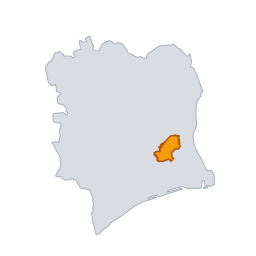 location of Moronou, N'zi-Comoé, Ivory Coast, rotated 348°
{"feature_id": "98640826B53162767921513", "entity_name": "Moronou", "entity_type": "district", "adm_level": 2, "iso_a3": "CIV", "parent_name": "Ivory Coast", "parent_adm1": "N'zi-Comoé", "projection": "natural_earth1", "projection_center": [-4.266, 6.594], "detail": "fine", "context": "in_parent", "style": "filled", "palette": "amber", "viewbox_px": 256, "rotation_deg": 348, "n_neighbors": 0, "source": "geoboundaries", "source_scale": "gbopen_adm2", "svg_char_len": 7672}
<svg xmlns="http://www.w3.org/2000/svg" viewBox="0 0 256 256"><g transform="rotate(348 128 128)"><path d="M63.7,47.3L64.5,47.3L66.6,46.6L68.4,45.0L70.1,41.8L72.5,39.1L75.1,39.3L75.9,38.9L76.8,38.8L77.9,40.5L79.0,41.8L79.8,41.8L80.3,44.3L85.1,45.4L87.2,46.0L88.9,47.8L89.5,47.9L90.2,47.5L90.8,46.9L90.9,46.2L90.1,44.5L90.5,43.1L91.2,41.8L92.5,41.7L94.3,41.3L96.5,41.3L98.0,41.5L98.7,40.2L98.1,36.5L98.2,34.5L98.5,32.8L99.1,32.1L101.5,34.3L103.6,35.0L105.2,35.1L105.6,34.7L104.9,32.3L105.1,31.6L105.7,31.2L106.7,31.0L109.5,30.0L109.8,30.2L110.3,33.9L110.0,35.1L110.6,37.6L111.3,40.0L111.3,40.9L110.7,42.4L110.0,43.7L110.1,44.2L111.2,45.2L113.3,46.1L115.4,46.3L116.7,44.9L117.9,43.8L118.8,42.8L119.1,41.4L120.5,40.3L124.4,39.0L128.1,38.8L129.0,39.2L130.6,41.2L132.7,42.6L135.9,42.5L138.2,43.3L140.1,44.9L141.5,48.3L142.9,50.9L143.6,54.4L145.9,56.3L147.7,57.2L150.1,59.8L152.7,61.1L155.3,60.8L156.5,62.2L158.5,63.1L160.4,63.2L162.2,60.2L164.4,59.0L170.2,56.6L172.5,55.5L174.8,54.8L180.3,54.6L185.4,55.4L188.0,55.9L189.8,55.5L191.4,56.9L193.1,59.9L194.5,60.9L196.0,61.9L197.0,64.3L198.3,66.6L199.0,67.7L200.5,70.0L201.9,70.0L203.2,69.0L203.7,68.3L204.0,69.8L203.5,72.3L203.6,73.8L204.3,74.4L203.9,76.3L202.4,79.7L202.4,81.7L203.9,82.3L205.0,84.4L205.6,88.0L206.3,89.2L206.3,89.9L207.4,98.7L208.8,107.4L207.9,108.5L206.8,108.9L206.0,109.3L205.8,110.1L206.3,111.3L206.0,112.4L204.5,113.1L201.3,115.9L201.1,117.0L200.2,119.4L199.5,120.8L198.5,123.5L196.8,130.6L196.2,136.5L196.1,138.3L195.5,139.5L194.7,141.3L191.3,146.4L189.5,150.5L189.7,152.3L189.8,154.1L189.3,155.4L189.4,158.8L189.8,161.7L190.4,164.6L193.0,172.7L194.3,177.6L195.1,181.5L195.8,184.2L196.5,185.3L196.8,186.3L200.5,187.0L201.2,187.6L202.3,192.8L202.1,195.1L201.4,196.0L201.4,197.9L201.2,200.4L200.7,201.3L198.6,201.5L197.1,202.4L195.3,202.0L195.1,201.4L194.1,201.2L191.3,199.8L191.8,195.3L190.5,195.2L189.5,195.7L187.5,201.1L186.6,202.0L172.7,199.3L169.7,197.0L166.1,196.5L159.8,196.8L154.6,197.4L153.1,198.8L166.2,198.0L167.6,198.2L168.3,199.0L151.7,200.7L145.4,201.8L143.5,201.5L142.1,199.8L135.2,199.6L133.8,200.1L133.0,201.4L135.7,201.1L139.9,201.1L141.1,202.0L127.7,203.3L118.5,205.7L114.5,207.5L101.6,213.4L93.8,216.1L91.7,217.2L88.1,220.0L83.5,221.8L78.3,225.2L75.2,226.0L74.5,224.9L74.4,219.2L74.0,211.5L74.1,208.6L74.6,205.8L74.6,203.6L76.1,202.7L76.6,201.7L76.8,198.8L78.3,196.1L78.3,191.4L78.7,190.4L79.1,189.1L78.4,186.0L77.6,180.2L77.2,179.8L76.9,180.1L76.1,180.2L72.8,178.1L70.3,177.8L68.6,176.1L68.5,174.1L67.6,173.0L67.0,170.7L66.1,168.1L63.7,166.5L61.4,166.1L59.7,166.5L57.8,166.4L55.6,165.5L54.1,164.5L52.6,162.6L51.3,161.1L50.2,161.3L48.9,160.9L47.6,160.2L47.2,159.7L52.6,153.6L54.4,150.7L54.6,148.9L54.6,147.0L55.2,145.2L55.4,142.3L52.4,131.9L51.7,128.7L50.9,127.7L50.4,127.4L51.9,126.1L54.0,126.4L57.1,127.4L57.8,126.4L60.2,121.2L60.2,119.2L59.9,117.9L61.3,114.3L62.5,112.9L63.0,111.4L62.9,109.4L62.0,108.6L60.9,108.7L59.6,108.2L57.6,107.1L56.5,106.0L56.9,101.3L57.1,99.8L57.8,99.0L58.9,98.7L62.0,98.6L64.6,99.1L66.8,99.4L68.0,99.4L69.0,100.8L70.2,102.3L71.4,102.3L71.8,101.2L71.5,96.5L70.8,94.0L69.1,91.7L64.7,89.6L64.6,86.8L65.0,83.7L66.0,82.5L69.3,80.6L68.7,79.5L67.6,78.4L65.6,77.3L66.1,73.6L66.2,70.3L64.4,70.6L62.6,70.8L61.1,69.8L59.8,67.8L59.6,62.3L59.6,55.9L59.4,53.1L59.9,51.6L61.4,50.2L63.1,48.4L63.7,47.3ZM193.5,202.1L192.8,203.3L189.2,202.5L190.1,201.5L193.5,202.1Z" fill="#d9dde1" stroke="#a8b0b8" stroke-width="1"/><path d="M166.2,167.3L164.9,165.0L165.6,160.8L166.8,160.2L167.1,160.5L167.4,160.1L167.6,159.8L168.6,159.3L169.3,158.7L169.6,158.3L169.9,158.2L170.1,158.4L170.2,158.6L170.4,158.7L170.7,158.7L170.8,158.7L171.0,158.6L171.3,158.5L171.5,158.4L171.8,158.3L172.0,158.6L172.3,158.7L172.4,158.9L172.7,158.8L173.2,158.9L173.4,158.8L173.5,158.5L173.6,158.3L173.7,157.9L173.8,157.8L174.0,157.6L174.4,157.4L174.6,157.3L174.7,157.1L174.9,156.7L175.1,156.6L175.3,156.5L175.3,156.4L175.2,156.3L175.2,156.2L175.1,155.9L175.2,155.7L175.0,155.4L174.9,155.2L174.8,154.9L174.7,154.8L174.6,154.7L174.6,154.4L174.9,154.3L175.1,153.9L175.3,153.8L175.4,153.7L175.1,153.3L175.2,153.2L174.9,152.9L174.7,152.7L174.8,152.6L174.7,152.5L174.7,152.3L174.5,152.1L174.5,151.9L174.7,151.7L174.8,151.7L175.1,151.5L175.3,151.5L175.5,151.5L175.6,151.3L175.5,151.0L175.5,150.7L175.6,150.4L175.8,150.3L175.9,150.2L175.7,149.9L175.6,149.7L175.3,149.5L175.0,149.1L175.1,148.8L175.2,148.6L175.3,148.3L175.6,148.0L175.9,147.6L176.1,147.4L176.2,147.2L176.2,146.9L176.1,146.6L175.9,146.4L176.0,146.2L176.1,145.9L175.9,145.9L175.7,145.9L175.5,146.3L175.5,146.5L175.4,146.7L175.3,146.8L175.2,146.8L175.1,146.7L174.9,146.5L174.9,146.1L174.7,146.0L174.4,146.0L174.3,145.9L174.2,145.8L174.1,145.7L173.9,145.7L173.7,145.7L173.5,145.3L173.5,145.1L173.3,145.0L172.9,144.9L172.7,145.0L172.4,145.1L172.1,144.8L171.6,145.0L171.4,145.3L171.2,145.3L171.0,145.2L170.9,145.1L170.7,145.0L170.6,144.9L170.5,145.0L170.2,144.8L169.8,144.9L169.7,144.9L169.2,144.7L168.9,144.7L168.7,144.5L168.2,144.6L160.2,149.8L160.3,149.8L160.5,149.9L160.5,150.0L160.3,150.4L160.3,150.5L160.2,150.6L160.1,150.8L159.9,150.8L159.7,150.6L159.3,150.8L159.3,151.0L159.2,151.1L158.9,150.9L158.8,150.6L158.6,150.6L158.4,150.5L158.2,150.6L157.9,150.5L157.8,150.8L157.9,150.7L157.9,150.8L158.0,150.8L157.9,150.9L157.8,151.0L157.7,151.1L157.7,151.3L157.8,151.3L157.8,151.6L157.7,151.7L157.4,151.6L157.2,151.5L156.9,151.5L156.7,151.3L156.7,151.2L156.6,151.3L156.6,151.5L156.7,151.8L156.9,152.0L157.0,152.1L157.4,152.1L157.5,152.1L157.8,152.2L157.9,152.4L157.8,152.5L157.7,152.5L157.5,152.4L157.4,152.4L157.5,152.7L157.6,152.9L157.7,153.1L157.6,152.9L157.4,152.8L157.3,152.7L157.2,152.5L156.9,152.7L156.8,152.8L156.9,153.1L156.8,153.3L156.6,153.4L156.5,153.2L156.3,153.1L156.3,153.3L156.4,153.6L156.3,153.8L156.4,154.0L156.2,154.2L156.0,153.9L155.9,153.7L155.8,153.3L155.7,153.3L155.6,153.5L155.4,153.8L155.2,153.7L155.1,153.4L155.0,153.6L154.9,153.6L154.8,153.3L154.7,153.2L154.3,153.1L154.2,153.1L154.2,153.3L154.4,153.5L154.5,153.8L154.7,154.0L154.9,154.2L154.9,154.3L154.9,154.6L154.8,154.8L154.6,155.1L154.5,155.3L154.6,155.7L154.6,155.9L154.8,156.0L154.5,156.5L154.4,156.6L154.4,156.9L154.6,157.1L154.6,157.4L154.6,157.5L154.3,157.7L153.8,158.0L153.5,158.0L153.3,157.9L153.2,157.8L153.0,157.5L152.7,157.4L152.5,157.2L152.3,157.1L152.0,156.8L151.6,156.6L151.1,157.0L150.6,157.2L150.0,157.2L149.1,157.6L149.2,157.9L149.3,158.0L149.2,158.3L148.8,158.2L148.6,158.3L148.5,158.2L148.5,158.4L148.6,158.7L148.7,158.9L148.7,159.0L148.4,159.4L148.3,159.6L148.3,159.8L148.5,160.0L148.3,160.1L148.2,160.1L148.3,160.3L148.6,160.4L148.8,160.3L148.9,160.2L149.1,160.1L149.4,160.5L149.6,160.5L149.8,160.7L149.8,161.0L149.6,161.2L149.5,161.3L149.5,161.6L149.6,161.8L149.7,161.7L149.8,161.7L149.9,161.8L150.2,161.8L150.2,162.0L149.9,162.2L149.9,162.3L150.1,162.5L150.4,162.7L150.6,162.6L150.8,162.9L150.6,163.0L150.3,162.9L150.2,162.9L150.2,163.1L150.6,163.3L150.8,163.4L150.8,163.5L150.7,163.5L150.4,163.8L150.4,164.0L150.2,164.3L150.3,164.5L150.5,164.6L150.6,164.8L150.4,164.9L150.2,165.0L150.0,165.3L150.2,165.5L150.3,165.6L150.1,165.6L149.9,165.6L150.0,165.8L150.1,166.0L150.3,165.9L150.5,165.9L150.6,166.0L150.8,166.2L150.9,166.3L151.0,166.5L151.1,166.8L151.1,167.0L156.0,167.9L156.1,167.7L156.5,167.2L156.8,167.1L157.0,167.3L157.0,167.5L157.4,167.5L157.5,167.4L157.7,167.5L158.2,167.2L158.3,167.2L158.6,167.3L158.9,167.2L159.2,167.2L159.6,167.2L159.8,167.3L159.9,167.2L160.0,167.1L160.5,167.1L160.8,167.1L161.0,167.1L161.4,167.1L161.7,167.2L161.9,167.2L162.1,167.3L162.2,167.5L162.3,167.9L162.3,168.1L162.5,168.3L162.5,168.6L162.6,168.8L162.7,169.1L163.0,169.5L165.0,168.2L165.9,167.4L166.2,167.3Z" fill="#f59e0b" stroke="#b45309" stroke-width="1.5"/></g></svg>